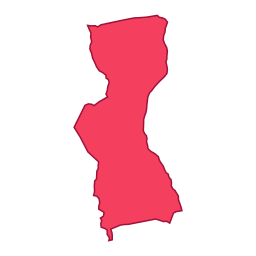 outline of São Felipe, Bahia, Brazil
{"feature_id": "56859067B73272671574835", "entity_name": "São Felipe", "entity_type": "district", "adm_level": 2, "iso_a3": "BRA", "parent_name": "Brazil", "parent_adm1": "Bahia", "projection": "natural_earth1", "projection_center": [-39.09, -12.85], "detail": "fine", "context": "isolated", "style": "filled", "palette": "rose", "viewbox_px": 256, "rotation_deg": 0, "n_neighbors": 0, "source": "geoboundaries", "source_scale": "gbopen_adm2", "svg_char_len": 1763}
<svg xmlns="http://www.w3.org/2000/svg" viewBox="0 0 256 256"><path d="M74.1,127.3L80.0,136.7L87.9,151.9L98.6,161.8L98.2,165.6L98.2,168.6L96.9,171.0L96.7,174.9L96.5,179.0L94.7,180.9L94.3,186.2L94.5,189.3L94.5,192.0L93.6,195.5L96.9,196.2L99.1,198.8L99.7,203.0L98.8,206.2L98.7,209.2L101.4,210.7L104.1,212.5L103.4,216.2L100.4,218.1L101.7,220.4L100.8,223.8L101.2,227.2L104.7,228.4L107.2,230.1L107.2,234.4L109.5,238.0L108.8,240.6L112.2,239.8L112.3,236.3L112.0,232.9L110.7,229.1L120.7,225.0L124.6,224.5L128.5,224.3L155.8,219.0L159.3,220.2L163.3,221.5L166.8,221.4L169.7,223.1L173.4,213.2L176.0,211.7L178.5,211.2L181.9,210.7L181.0,206.9L179.6,203.0L178.5,199.9L178.3,195.9L176.4,192.9L175.0,190.5L172.9,188.9L171.3,185.9L171.5,182.5L170.9,179.3L169.2,177.7L168.1,174.0L166.1,172.7L164.8,170.2L163.3,166.2L160.7,162.5L159.4,160.3L158.4,156.8L155.6,154.3L153.6,152.9L150.8,151.4L148.1,148.8L147.4,144.6L146.5,141.9L147.0,138.4L146.3,135.6L144.6,133.6L143.3,130.6L143.6,124.0L143.7,119.4L144.7,115.8L145.9,112.6L146.6,109.0L146.8,105.2L147.8,97.1L149.5,92.9L151.6,90.7L155.0,86.2L157.8,83.2L160.0,80.9L161.9,79.1L164.4,76.7L166.9,73.5L167.4,69.7L166.9,66.1L165.9,61.9L166.8,59.2L166.9,55.8L167.4,51.0L166.7,47.6L164.4,43.3L163.2,39.6L163.7,35.4L165.0,31.9L165.3,28.2L166.3,25.6L167.5,22.2L165.4,19.3L162.5,17.9L159.3,17.3L157.3,15.4L146.9,17.1L143.3,17.4L139.1,17.7L133.7,18.0L126.0,19.5L101.2,24.7L97.5,26.9L95.2,25.7L91.4,25.9L87.6,25.4L89.2,29.2L91.0,33.2L90.6,37.0L91.7,41.7L90.2,45.4L89.9,49.1L91.7,53.7L92.6,58.0L94.8,62.6L96.5,66.6L99.2,70.7L102.8,72.7L105.9,75.1L106.1,78.1L108.3,79.6L109.2,82.4L107.8,86.6L107.2,90.7L106.0,94.2L107.6,96.9L99.4,101.6L94.0,105.6L91.8,104.3L88.3,103.9L85.0,105.3L74.1,127.3Z" fill="#f43f5e" stroke="#9f1239" stroke-width="1.5"/></svg>